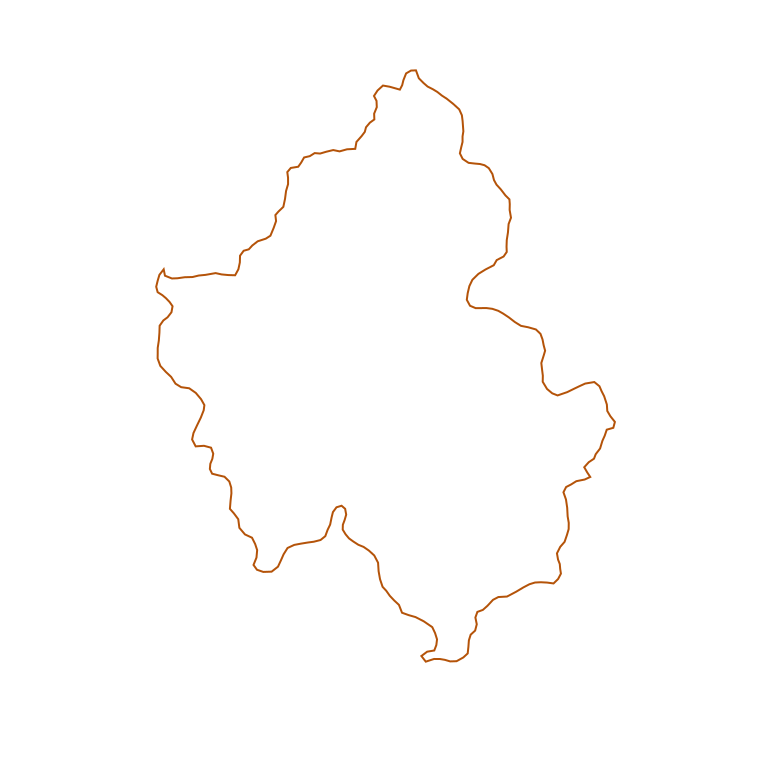 the district of Pratinha, Minas Gerais, Brazil, rotated 70°
{"feature_id": "56859067B43634204872254", "entity_name": "Pratinha", "entity_type": "district", "adm_level": 2, "iso_a3": "BRA", "parent_name": "Brazil", "parent_adm1": "Minas Gerais", "projection": "orthographic", "projection_center": [-46.401, -19.763], "detail": "fine", "context": "isolated", "style": "outline", "palette": "amber", "viewbox_px": 768, "rotation_deg": 70, "n_neighbors": 0, "source": "geoboundaries", "source_scale": "gbopen_adm2", "svg_char_len": 3847}
<svg xmlns="http://www.w3.org/2000/svg" viewBox="0 0 768 768"><g transform="rotate(70 384 384)"><path d="M498.6,180.0L491.7,182.3L485.7,183.4L479.5,181.6L470.8,181.3L465.1,182.0L459.8,182.3L454.1,185.7L452.4,194.8L452.9,201.1L453.5,207.2L454.3,214.6L454.1,224.8L450.3,229.1L444.4,232.5L436.2,234.1L430.5,231.9L424.4,230.5L418.1,229.0L412.0,224.3L407.8,221.2L402.1,220.7L396.4,219.8L390.4,219.8L384.7,222.6L380.0,229.1L376.2,235.4L370.6,239.8L364.1,243.9L358.4,248.1L354.3,251.6L350.4,256.5L347.6,261.9L345.9,266.8L344.1,271.9L339.9,276.4L333.2,277.4L327.3,274.3L321.2,270.3L316.3,265.3L312.8,257.6L311.1,249.4L309.9,240.2L306.1,235.7L305.1,228.0L301.9,223.5L296.9,221.9L290.7,219.4L284.0,215.7L276.3,212.2L271.2,207.8L263.4,206.4L258.0,204.3L253.4,203.0L248.3,205.4L241.0,207.7L235.2,210.1L230.0,210.9L223.8,210.3L217.0,211.7L212.8,214.7L210.1,218.6L207.8,223.5L205.1,228.9L199.4,233.1L193.2,233.8L188.0,230.5L183.4,227.4L178.2,225.5L173.7,223.0L169.1,221.7L163.8,220.2L158.1,218.9L151.6,219.4L144.4,223.2L137.5,227.4L132.7,231.0L127.8,234.0L123.8,237.2L119.4,241.3L114.5,244.0L108.6,246.7L100.2,246.7L98.7,251.4L99.7,257.0L105.2,261.9L109.4,264.7L112.8,268.4L106.6,277.0L103.2,282.9L106.0,289.7L109.9,294.9L115.4,294.2L121.4,296.1L126.6,300.8L132.1,302.6L133.6,307.9L136.6,313.1L140.5,315.8L143.3,320.1L147.1,327.1L153.2,330.6L150.8,338.5L150.2,346.2L146.8,351.7L146.0,358.8L145.6,365.2L143.3,370.2L144.5,375.8L143.8,381.6L147.6,386.1L150.5,390.3L149.1,397.7L151.8,402.4L157.3,403.6L163.4,405.8L169.1,410.0L176.2,413.7L183.1,418.0L185.8,424.1L188.1,428.3L194.0,429.7L199.6,434.3L205.8,440.0L207.0,445.4L206.7,453.9L208.8,460.4L211.2,465.0L210.8,470.3L214.2,475.4L220.5,477.9L226.4,481.6L230.9,486.7L228.4,493.0L225.5,499.1L222.2,504.3L220.4,514.4L218.7,521.0L218.0,527.3L215.5,534.8L214.0,541.9L212.3,547.2L207.3,552.8L200.9,551.8L204.6,557.7L209.6,561.4L214.7,564.8L220.3,565.3L224.7,561.9L228.9,559.5L233.7,557.4L238.6,556.1L243.9,559.2L247.3,564.6L248.8,569.6L252.5,574.9L259.0,577.5L266.1,580.7L272.7,584.3L277.9,586.2L282.6,588.0L290.5,588.0L298.2,584.8L304.5,581.6L312.4,579.8L317.6,575.7L321.4,568.5L328.0,563.9L335.7,561.1L342.4,560.0L347.0,562.4L352.9,567.6L359.1,574.0L364.9,579.8L370.5,583.3L378.2,582.3L380.5,574.3L384.7,568.3L391.1,568.3L395.6,570.9L399.6,574.5L404.3,576.7L409.5,576.2L413.0,571.1L416.6,565.6L422.7,562.7L429.1,563.0L434.6,564.8L441.0,568.0L448.6,571.5L454.2,569.3L461.2,567.2L469.7,569.1L477.8,566.1L483.3,560.6L490.3,559.8L496.7,560.0L503.5,563.2L509.4,568.5L515.1,566.9L519.3,561.7L521.9,553.8L519.4,546.1L514.4,541.1L509.7,536.6L505.1,530.7L504.5,523.4L505.6,516.7L506.9,509.8L508.2,503.9L508.9,497.0L506.9,491.2L501.8,486.9L497.7,482.7L491.5,478.9L486.9,475.8L483.6,470.8L483.9,465.5L488.0,463.2L493.8,464.2L498.2,467.4L502.2,470.8L506.7,472.6L512.1,471.5L517.1,469.7L521.4,466.8L526.3,463.1L530.1,458.9L535.3,455.2L541.8,451.8L549.9,450.7L558.1,453.1L566.1,454.5L574.1,454.7L579.1,452.6L585.0,451.0L591.0,448.4L596.7,445.5L605.1,445.3L609.6,439.9L613.8,434.1L620.6,427.8L629.0,421.8L635.5,421.2L642.1,421.5L647.2,424.1L651.6,427.9L650.3,435.0L652.4,441.9L659.2,439.7L659.5,431.0L661.6,425.4L664.0,421.2L667.3,416.7L669.3,410.6L668.1,403.0L665.8,397.5L659.9,394.6L653.9,391.9L649.2,388.3L646.9,382.7L641.5,379.0L634.7,378.0L630.1,374.2L630.1,368.4L627.8,362.6L624.1,355.4L623.3,349.4L625.8,341.1L624.4,330.9L622.8,322.5L621.9,315.8L622.2,310.0L623.9,304.5L626.4,298.6L629.4,292.9L626.8,287.1L622.7,282.6L618.1,281.7L613.3,280.4L608.5,280.5L602.3,279.4L597.3,274.1L594.1,268.3L588.4,263.7L583.5,260.1L577.7,257.9L571.2,256.7L563.0,254.2L554.8,252.5L547.1,252.4L543.1,248.1L542.4,242.6L541.1,236.5L542.4,228.1L541.9,222.0L536.5,223.3L530.7,224.3L527.5,218.3L526.0,212.2L522.4,209.1L518.5,203.0L512.1,198.2L508.1,194.3L503.1,190.3L503.6,183.5L498.6,180.0Z" fill="none" stroke="#b45309" stroke-width="2"/></g></svg>